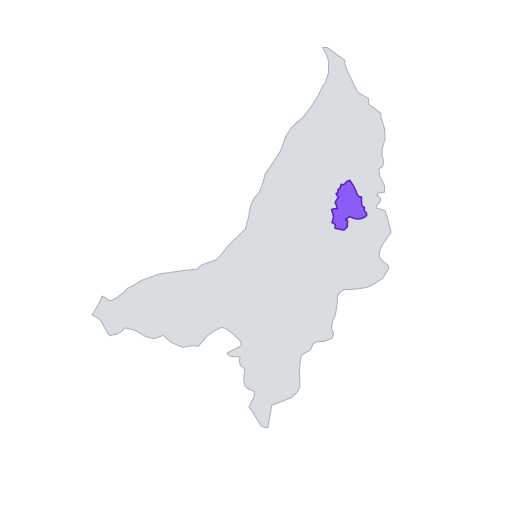 location of Floreşti within Moldova, rotated 65°
{"feature_id": "MDA-1635", "entity_name": "Floreşti", "entity_type": "District", "adm_level": 1, "iso_a3": "MDA", "parent_name": "Moldova", "parent_adm1": "", "projection": "robinson", "projection_center": [28.303, 47.851], "detail": "fine", "context": "in_parent", "style": "filled", "palette": "violet", "viewbox_px": 512, "rotation_deg": 65, "n_neighbors": 0, "source": "natural_earth", "source_scale": "10m", "svg_char_len": 2675}
<svg xmlns="http://www.w3.org/2000/svg" viewBox="0 0 512 512"><g transform="rotate(65 256 256)"><path d="M95.1,107.5L97.0,103.5L115.9,92.9L120.8,94.6L130.6,95.0L150.7,94.7L160.6,87.6L166.6,89.6L171.6,86.5L179.9,82.5L181.1,83.3L182.1,84.0L194.9,85.7L204.5,89.5L210.9,95.4L217.5,99.0L224.4,100.4L228.2,103.3L228.9,107.8L235.3,110.0L247.4,109.9L252.5,112.8L250.6,118.7L251.9,120.7L256.2,118.7L259.4,120.4L261.1,124.8L263.1,126.9L269.2,120.0L275.7,120.7L291.4,123.5L299.8,137.7L305.1,142.8L309.6,144.9L315.4,142.7L320.5,140.1L323.5,141.3L329.9,150.7L331.4,163.0L331.4,168.0L329.2,176.4L326.0,185.3L323.5,191.1L324.6,195.7L326.9,199.6L330.6,200.9L342.9,208.8L347.5,214.3L354.1,218.3L359.1,218.6L361.8,220.8L362.7,223.6L362.1,230.6L359.3,237.2L359.7,241.4L364.2,246.4L364.7,252.3L365.0,256.0L367.4,258.9L378.6,265.3L393.2,271.5L397.0,276.8L399.3,283.5L398.7,294.9L397.8,304.7L416.9,318.0L414.8,320.5L411.9,323.2L393.7,325.2L390.0,326.3L382.0,316.3L377.8,315.1L374.0,318.7L369.4,320.8L363.9,319.8L357.9,316.7L355.0,314.5L352.6,314.3L348.9,316.4L344.0,315.5L340.8,313.0L336.2,321.5L333.4,323.3L331.6,323.0L331.2,308.6L329.8,306.5L326.1,306.1L317.3,309.5L308.8,314.0L306.0,317.9L306.3,325.0L307.6,333.5L313.4,346.3L310.2,351.9L308.0,360.8L299.0,369.0L288.7,373.7L287.9,383.5L282.2,390.2L272.5,396.8L265.9,404.8L267.6,410.3L268.0,415.5L266.9,419.1L266.6,421.8L264.1,423.0L249.1,424.0L244.9,425.7L240.1,429.5L235.4,422.3L230.7,415.9L227.3,412.5L228.8,410.9L232.5,409.1L235.2,407.0L234.9,399.4L232.9,390.7L231.1,386.5L230.9,379.9L229.7,369.7L231.5,350.6L238.9,326.7L243.0,314.8L241.1,308.3L242.6,293.1L239.4,285.5L234.4,275.7L227.2,254.4L218.3,246.9L207.2,238.8L202.5,232.6L199.4,225.8L192.8,219.0L185.3,212.8L176.4,197.4L171.8,190.4L170.3,188.5L160.1,178.5L154.8,169.6L152.1,162.2L150.5,155.4L143.4,141.9L136.9,131.8L130.8,124.6L127.9,119.5L120.7,113.0L110.4,107.9L103.7,107.0L95.1,107.5Z" fill="#d9dde1" stroke="#a8b0b8" stroke-width="1"/><path d="M264.4,150.0L259.8,154.9L260.9,159.5L261.6,158.9L262.3,158.2L263.7,158.4L265.0,159.4L268.2,160.9L269.6,165.3L266.9,169.3L264.2,172.6L262.7,171.9L261.1,170.9L259.3,171.7L257.8,173.0L255.4,170.8L252.9,169.0L245.9,167.9L246.1,165.5L247.3,162.3L244.2,161.8L240.9,161.6L239.2,159.3L237.5,156.3L235.2,156.9L233.4,157.1L232.8,154.4L231.7,154.1L230.7,154.0L230.2,152.7L229.9,151.2L228.5,149.8L227.0,148.6L227.8,147.4L228.4,146.2L228.2,145.2L227.6,144.3L226.7,141.7L227.1,139.0L233.4,138.0L239.7,138.0L242.8,138.3L245.7,137.7L246.3,136.6L247.0,135.5L248.6,136.1L250.2,137.0L254.5,138.5L256.3,138.1L258.1,137.2L260.7,138.8L263.4,137.6L266.1,138.6L266.9,142.0L266.1,146.9L264.4,150.0Z" fill="#8b5cf6" stroke="#5b21b6" stroke-width="1.5"/></g></svg>